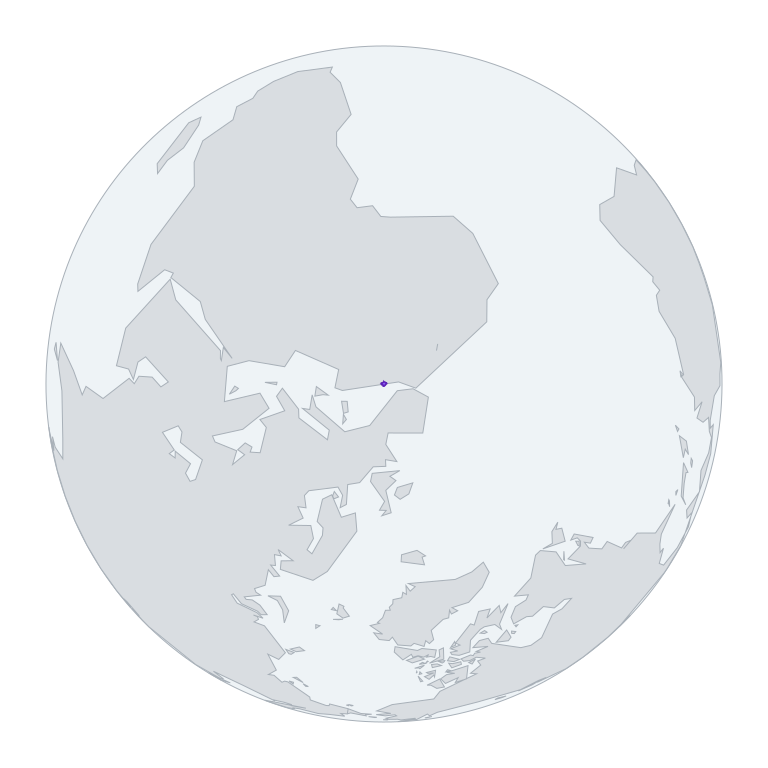 the Earth from above Relizane, rotated 186°
{"feature_id": "DZA-2203", "entity_name": "Relizane", "entity_type": "Province", "adm_level": 1, "iso_a3": "DZA", "parent_name": "Algeria", "parent_adm1": "", "projection": "orthographic", "projection_center": [0.791, 35.819], "detail": "fine", "context": "on_globe", "style": "filled", "palette": "violet", "viewbox_px": 768, "rotation_deg": 186, "n_neighbors": 0, "source": "natural_earth", "source_scale": "10m", "svg_char_len": 10743}
<svg xmlns="http://www.w3.org/2000/svg" viewBox="0 0 768 768"><g transform="rotate(186 384 384)"><circle cx="384" cy="384" r="338" fill="#eef3f6" stroke="#a8b0b8"/><path d="M82.9,230.7L85.8,225.2L124.9,167.1L114.8,179.7L135.0,155.6L157.3,133.4L173.4,119.8L200.5,103.3L191.9,109.2L199.4,105.3L210.7,98.0L216.3,94.3L257.5,77.6L296.6,63.1L304.0,58.8L306.3,60.3L317.0,53.4L335.0,49.7L317.6,54.0L318.2,54.8L331.9,51.7L335.5,52.0L344.1,51.0L347.1,51.8L336.8,55.3L338.5,56.2L348.1,54.1L357.2,54.4L342.8,57.1L357.1,58.1L342.4,66.0L301.5,76.0L296.2,84.2L261.6,105.5L267.7,105.4L258.4,114.6L261.9,118.3L254.5,122.0L263.7,121.9L269.8,117.9L275.9,116.6L278.6,118.7L269.6,123.5L266.9,123.2L265.7,125.7L260.0,127.4L264.3,127.7L253.1,133.9L268.0,131.1L262.3,138.8L253.8,142.0L249.8,137.3L220.3,136.1L210.5,139.5L200.7,148.2L192.3,172.8L183.5,179.0L175.1,190.4L182.1,188.6L191.2,179.1L202.2,179.3L212.0,168.6L217.9,167.5L230.0,159.0L233.3,165.3L230.0,176.3L220.2,184.0L218.4,189.4L232.0,186.7L217.7,206.4L215.4,229.6L211.1,234.7L195.3,235.0L184.7,222.4L164.2,226.2L182.7,229.3L171.7,243.3L172.1,248.3L175.7,251.2L181.9,248.3L179.2,254.7L160.0,253.2L162.1,247.3L168.2,247.6L163.1,242.2L150.1,242.8L145.6,250.7L130.6,245.8L127.2,251.7L122.1,254.4L128.5,245.1L116.6,262.2L98.4,264.2L81.9,294.8L92.5,263.7L92.9,253.7L91.8,245.2L88.9,249.9L91.5,234.3L87.0,233.1L75.2,251.9L66.3,273.8L64.5,288.2L68.6,282.4L69.9,290.3L59.0,309.9L59.7,331.1L53.9,349.5L52.7,365.0L55.5,370.9L57.7,384.7L62.7,379.3L69.2,382.9L65.8,399.6L72.2,390.1L73.9,403.5L89.0,422.3L87.0,424.6L99.2,459.9L118.0,485.0L122.4,500.7L119.6,506.1L127.4,513.8L127.6,518.7L163.6,547.3L186.2,569.3L188.2,585.0L174.8,594.6L175.3,623.3L154.6,618.3L158.0,627.7L156.7,633.3L143.1,620.9L153.6,631.2L135.9,613.4L119.5,594.4L104.7,574.1L91.3,552.9L83.4,537.4L76.8,523.3L65.7,497.0L51.3,440.5L51.0,429.1L49.7,417.5L54.3,406.9L55.8,381.8L54.9,374.2L52.3,378.0L51.8,348.8L55.3,326.8L71.9,254.4L82.9,230.7ZM76.7,303.6L77.9,337.1L72.5,327.9L74.4,327.4L75.1,316.6L74.7,302.1L71.3,295.4L76.7,303.6ZM87.7,296.3L87.1,291.8L88.4,295.0L87.7,296.3ZM218.3,92.8L210.6,98.0L199.1,104.9L205.0,100.4L218.3,92.8ZM240.7,81.7L238.1,83.6L229.9,86.5L234.0,84.4L240.7,81.7ZM308.5,56.2L301.6,58.3L307.1,56.3L308.5,56.2ZM344.8,50.7L345.7,50.2L349.8,50.0L344.8,50.7ZM227.3,156.3L228.6,157.7L225.7,158.5L227.3,156.3ZM231.3,151.6L227.1,151.6L228.4,149.4L231.0,149.4L231.3,151.6ZM358.2,51.3L364.6,51.6L356.3,51.8L358.2,51.3ZM236.3,152.2L231.2,145.5L233.5,141.7L245.4,138.9L236.3,152.2ZM367.1,52.1L382.8,53.4L386.0,52.1L385.7,57.3L372.5,53.9L361.7,54.3L367.7,53.1L367.1,52.1ZM270.6,115.8L264.3,120.1L267.1,114.7L270.6,115.8ZM271.0,112.7L271.1,99.4L281.9,94.6L279.6,99.7L291.6,92.6L296.8,96.7L291.4,101.5L283.4,103.7L291.5,103.7L271.0,112.7ZM383.0,60.4L385.2,61.5L380.9,61.0L383.0,60.4ZM278.6,115.8L277.7,113.3L286.9,108.8L290.5,113.1L286.3,113.1L278.6,115.8ZM292.2,89.0L299.7,86.8L306.0,89.4L309.7,89.0L297.8,96.4L292.2,89.0ZM285.6,115.2L292.0,115.4L290.1,119.5L280.1,118.0L285.6,115.2ZM287.8,106.0L292.4,104.2L291.0,106.5L287.8,106.0ZM286.8,135.3L285.4,131.8L290.1,129.1L286.8,135.3ZM294.6,115.3L295.2,113.9L296.9,112.6L300.6,113.7L294.6,115.3ZM303.1,97.9L304.1,99.7L308.3,95.0L313.1,97.2L304.3,101.9L310.1,100.8L311.6,101.5L302.8,104.7L303.1,97.9ZM309.6,111.1L300.0,118.6L301.4,125.3L297.3,127.8L295.8,116.6L309.6,111.1ZM306.3,107.0L307.4,110.0L301.7,111.2L297.5,110.0L306.3,107.0ZM319.6,97.1L314.4,92.5L316.5,91.7L319.6,97.1ZM311.1,112.7L313.4,110.9L311.9,113.0L311.1,112.7ZM318.2,101.5L316.1,99.8L318.6,98.9L318.2,101.5ZM319.7,108.9L316.6,111.2L313.6,110.3L319.7,108.9ZM319.9,105.3L323.8,104.5L314.4,108.5L318.6,104.6L319.9,105.3ZM320.9,100.9L321.7,99.8L321.4,101.7L320.9,100.9ZM332.7,111.5L321.6,116.9L315.0,114.6L326.7,109.6L332.7,111.5ZM469.5,57.1L461.9,56.5L427.8,53.4L442.7,54.4L442.5,55.5L449.9,57.0L460.1,58.2L459.3,57.4L492.4,69.5L523.6,80.5L513.4,74.3L515.4,73.8L541.9,85.3L592.2,117.8L592.3,117.9L604.3,127.8L604.6,128.1L598.7,123.1L611.2,134.4L603.1,127.8L616.8,140.6L620.6,143.4L612.6,135.2L627.9,150.2L628.6,150.9L646.4,171.0L662.5,192.6L676.8,215.3L689.3,239.1L699.8,263.8L708.4,289.3L710.0,295.0L712.8,306.1L712.0,302.8L705.3,283.2L708.2,297.0L704.4,286.8L695.6,276.0L697.7,295.8L703.6,343.5L710.4,371.6L709.7,390.9L694.2,364.9L683.0,341.6L680.1,350.5L661.9,340.2L638.1,363.0L632.4,358.2L628.5,366.1L615.3,366.6L605.6,357.8L598.7,363.5L623.9,386.1L631.0,380.1L633.7,362.3L639.6,372.2L652.0,374.2L646.7,412.6L607.6,465.9L599.9,445.9L550.1,400.1L549.4,392.3L549.0,391.5L548.2,390.3L547.6,403.5L537.7,393.6L568.5,429.6L575.3,446.8L607.1,467.6L605.1,472.3L614.1,474.7L638.4,450.4L639.4,457.7L630.3,498.5L593.3,560.8L596.0,584.7L589.6,607.0L561.8,631.0L559.4,644.4L544.3,654.4L540.2,662.1L525.4,673.4L502.4,685.7L468.5,693.8L470.2,688.4L458.9,679.3L444.9,648.7L457.5,629.7L456.0,615.8L431.1,585.1L436.8,564.3L429.2,556.5L414.0,560.1L404.7,550.3L395.1,550.6L332.7,558.1L311.4,543.0L280.8,495.8L290.4,478.6L288.3,456.6L351.9,383.2L369.7,387.6L424.7,373.2L432.4,375.1L430.6,393.7L475.6,408.1L484.6,390.8L520.7,393.1L541.7,385.2L540.9,349.8L506.4,361.9L495.8,347.8L519.7,324.2L549.2,314.4L546.0,308.7L523.5,302.2L526.2,288.0L515.2,299.1L522.6,303.4L515.9,310.9L508.7,307.5L510.0,302.3L500.0,302.7L496.5,328.5L503.7,335.7L479.9,347.0L489.6,360.5L484.6,369.2L466.3,350.0L465.1,341.4L434.4,322.6L433.6,332.4L462.5,351.2L455.2,350.9L454.3,365.7L449.3,354.2L418.0,332.4L393.9,341.2L370.1,378.7L354.6,382.3L338.5,375.6L340.3,339.3L374.8,335.7L375.9,324.1L363.1,308.2L374.6,308.9L373.6,302.3L386.1,300.5L397.9,283.4L409.6,280.2L408.8,260.3L414.7,256.4L413.5,269.0L419.0,276.7L447.6,270.0L451.5,264.8L448.6,252.7L456.8,253.0L450.4,242.2L464.1,233.6L442.0,235.6L438.0,222.9L443.2,211.1L437.9,207.6L429.4,227.0L429.6,234.6L436.1,240.3L433.1,263.0L424.4,268.4L412.5,247.0L399.0,252.8L395.6,234.8L420.8,191.6L434.1,181.3L467.7,188.8L467.8,197.4L455.8,198.7L472.0,208.3L468.3,202.3L475.1,202.9L473.0,192.1L477.8,192.1L467.7,182.1L473.3,180.9L479.6,187.2L481.2,171.4L491.4,167.0L489.5,163.5L484.6,161.1L500.7,157.7L498.6,155.4L492.5,155.5L484.3,151.1L476.1,142.4L482.1,141.7L485.9,144.8L502.8,150.6L511.9,159.6L513.6,158.5L507.1,150.7L486.4,143.3L479.8,138.4L489.7,140.6L485.6,139.4L484.2,136.8L488.4,133.8L477.6,131.0L454.0,106.4L459.9,99.1L471.3,103.2L461.2,88.2L468.6,83.0L462.9,82.8L454.3,76.7L451.8,78.1L448.5,77.7L425.1,64.9L424.3,62.1L407.9,58.2L405.0,58.4L404.6,60.1L385.7,57.3L386.0,52.1L392.5,51.8L388.3,49.5L403.9,49.7L414.8,49.4L434.3,52.2L441.2,52.5L438.7,51.6L446.3,52.1L464.8,55.9L469.5,57.1ZM335.3,422.7L334.8,429.5L335.3,422.7ZM584.3,320.9L599.3,312.8L585.7,296.5L590.3,292.3L584.0,288.6L584.6,295.4L568.1,284.5L572.1,274.6L566.7,266.9L561.4,269.3L556.7,289.6L580.4,304.7L579.9,315.2L584.3,320.9ZM89.6,422.6L91.0,428.1L88.3,425.2L89.6,422.6ZM69.3,333.0L70.7,337.5L70.7,342.2L69.1,339.9L69.3,333.0ZM87.1,367.5L89.9,373.5L86.0,370.1L87.1,367.5ZM78.6,342.0L84.8,363.4L77.3,358.8L73.8,345.6L77.6,350.7L78.6,342.0ZM82.1,303.7L82.5,307.5L80.7,309.7L82.1,303.7ZM88.7,298.8L88.1,298.0L89.0,294.3L88.7,298.8ZM172.9,243.4L174.3,243.7L176.9,247.7L173.5,248.0L172.9,243.4ZM201.6,254.7L196.7,264.8L197.8,257.4L192.1,259.2L187.4,246.6L208.8,236.6L199.9,243.1L201.6,254.7ZM187.0,228.1L187.6,236.5L186.1,227.7L187.0,228.1ZM355.9,271.0L362.0,274.7L359.9,282.5L345.0,288.7L347.8,277.3L355.9,271.0ZM371.1,278.4L363.4,256.7L372.4,252.7L368.6,258.5L375.3,258.0L371.1,267.3L387.2,285.6L386.4,293.9L359.2,299.5L368.5,292.8L362.0,289.2L371.1,278.4ZM328.0,215.8L324.8,208.4L348.4,209.0L348.7,216.0L333.8,222.0L324.7,217.4L328.0,215.8ZM258.2,149.3L255.5,147.9L258.0,146.3L262.3,146.3L258.2,149.3ZM285.8,133.9L272.9,154.5L269.1,153.7L266.1,167.7L254.9,171.4L257.2,162.0L246.3,175.8L243.9,168.8L237.7,178.6L244.0,157.3L241.4,152.2L248.6,156.4L258.9,153.0L262.6,150.0L271.2,138.2L270.7,126.5L280.9,122.0L288.2,122.0L289.9,124.1L282.8,126.2L290.1,127.6L281.1,132.3L285.8,133.9ZM368.2,135.5L359.2,135.1L372.5,142.3L363.5,145.5L365.6,146.2L360.9,151.4L358.9,159.1L354.1,159.7L355.4,162.5L352.3,166.3L352.5,170.5L344.0,173.3L343.5,178.8L339.7,177.1L341.1,185.9L336.3,180.7L331.8,185.7L338.9,188.1L292.7,197.1L277.0,206.3L266.6,217.2L259.7,207.8L265.0,192.1L277.0,175.7L293.0,168.7L287.0,166.2L292.9,162.3L295.2,165.9L295.2,158.2L300.6,156.1L311.3,143.9L307.9,134.9L311.7,130.6L315.7,133.1L316.7,127.2L327.0,129.2L329.9,126.3L343.0,125.9L349.2,133.1L352.0,129.4L362.1,129.4L368.2,135.5ZM336.4,111.6L345.8,118.5L345.5,123.9L322.8,122.5L318.7,124.9L304.2,125.0L305.0,117.4L309.0,117.9L313.2,116.8L311.3,119.6L315.9,116.5L321.7,117.3L326.8,115.3L328.5,118.0L336.4,111.6ZM438.3,367.1L443.6,367.0L451.5,364.7L451.0,374.4L438.3,367.1ZM416.7,352.5L421.2,350.6L424.4,362.4L418.8,362.9L416.7,352.5ZM420.9,340.1L421.2,349.6L417.7,344.8L420.9,340.1ZM417.4,266.9L421.8,264.6L423.4,267.2L422.2,271.9L417.4,266.9ZM405.7,160.5L400.6,158.7L401.2,157.0L394.2,149.5L400.3,146.9L406.9,150.5L405.7,160.5ZM536.7,357.7L532.2,366.3L528.3,364.4L530.6,361.8L536.7,357.7ZM490.8,372.0L502.6,373.2L490.6,374.6L490.8,372.0ZM411.2,156.5L407.6,153.6L412.8,154.2L411.2,156.5ZM404.4,144.8L410.1,144.6L400.2,145.8L404.4,144.8ZM632.6,579.4L605.5,623.4L593.9,630.3L595.4,622.1L608.0,597.9L622.8,583.8L631.2,569.6L632.6,579.4ZM711.2,373.2L715.5,384.3L714.5,391.2L711.2,373.2ZM458.2,136.0L461.2,148.8L467.4,157.5L477.3,161.2L464.7,162.1L455.1,148.5L458.2,136.0ZM453.9,109.8L445.3,107.6L448.0,105.5L450.4,105.8L453.9,109.8ZM449.4,110.6L440.7,113.6L435.2,110.5L443.2,108.6L449.4,110.6ZM426.3,133.8L426.7,137.6L422.4,136.9L426.3,133.8ZM528.3,78.4L511.4,72.6L505.6,70.7L514.8,72.4L518.5,74.1L524.3,76.6L524.6,76.7L528.3,78.4ZM387.9,60.7L385.5,61.4L385.5,60.3L387.9,60.7ZM447.4,78.7L442.8,77.9L443.0,76.2L447.4,78.7ZM430.2,75.1L433.2,77.5L427.6,75.2L430.2,75.1ZM440.2,83.2L433.2,78.6L443.5,82.7L440.2,83.2Z" fill="#d9dde1" stroke="#a8b0b8" stroke-width="1"/><path d="M387.0,383.9L386.9,384.0L386.7,384.2L386.7,384.3L386.5,384.2L386.4,384.2L386.3,384.3L386.3,384.6L386.2,385.0L385.9,385.0L385.6,385.2L385.5,385.3L385.2,385.4L385.1,385.5L384.9,385.5L384.5,386.0L384.4,386.0L384.5,386.1L384.4,386.2L384.4,386.3L384.3,386.2L384.2,386.2L383.7,386.1L383.4,386.0L383.2,385.9L382.9,385.8L382.7,385.8L382.5,385.6L382.4,385.5L382.2,385.5L381.9,385.5L381.7,385.5L381.6,385.4L381.5,385.0L381.5,384.9L381.3,384.7L381.5,384.5L381.5,384.4L381.8,384.2L382.0,384.2L382.3,383.9L382.4,383.6L382.3,383.4L382.4,383.2L382.5,383.2L382.8,383.1L382.8,382.9L382.8,382.7L383.0,382.5L383.2,382.3L383.4,382.1L383.5,381.9L383.8,381.9L384.1,381.8L384.4,381.7L384.5,381.7L384.5,381.8L384.5,382.0L384.7,382.3L384.6,382.5L384.8,382.7L384.8,382.8L385.0,382.8L385.3,382.8L385.3,383.0L385.5,383.1L385.8,383.2L385.8,383.3L386.3,383.1L386.5,383.4L386.6,383.5L386.8,383.8L387.0,383.9Z" fill="#8b5cf6" stroke="#5b21b6" stroke-width="1.5"/></g></svg>